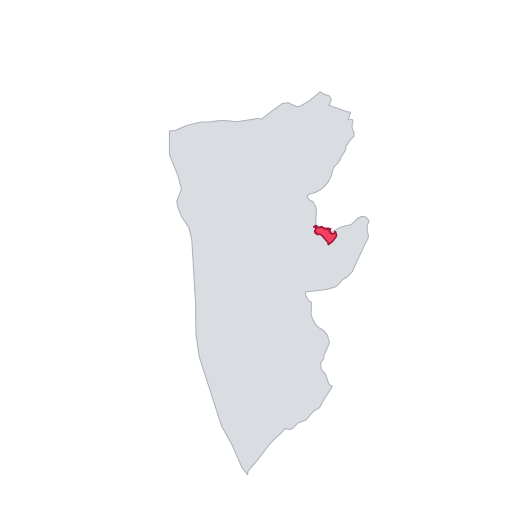 location of Garr-Bain, Nimba, Liberia, rotated 41°
{"feature_id": "62588387B82144239475407", "entity_name": "Garr-Bain", "entity_type": "district", "adm_level": 2, "iso_a3": "LBR", "parent_name": "Liberia", "parent_adm1": "Nimba", "projection": "robinson", "projection_center": [-8.959, 7.219], "detail": "fine", "context": "in_parent", "style": "filled", "palette": "rose", "viewbox_px": 512, "rotation_deg": 41, "n_neighbors": 0, "source": "geoboundaries", "source_scale": "gbopen_adm2", "svg_char_len": 3898}
<svg xmlns="http://www.w3.org/2000/svg" viewBox="0 0 512 512"><g transform="rotate(41 256 256)"><path d="M108.6,218.4L112.4,214.7L118.0,203.1L125.9,191.8L133.2,185.2L139.0,178.3L145.1,173.1L153.8,167.0L167.3,150.8L170.4,149.0L172.5,137.8L175.9,123.6L179.8,119.2L188.9,116.5L191.0,114.1L194.3,104.1L196.4,92.4L196.6,89.9L200.1,89.6L206.3,87.1L209.8,88.2L211.4,91.5L212.2,94.4L230.8,87.1L232.5,85.6L233.5,85.9L235.8,92.4L237.1,92.0L238.3,90.1L239.5,89.9L240.9,90.8L242.4,93.9L244.8,96.6L248.8,98.5L251.4,101.2L251.1,108.2L252.1,115.0L253.8,116.6L254.7,120.7L255.2,125.1L256.2,127.5L256.8,132.0L256.5,136.8L257.2,140.2L260.2,146.1L262.0,153.5L262.0,158.7L261.0,164.2L259.0,169.3L255.5,174.8L255.2,176.9L257.3,178.3L260.4,178.6L263.0,177.5L269.6,180.0L273.1,183.6L276.1,188.1L278.8,190.4L280.1,193.2L284.7,192.4L290.2,189.7L291.3,188.4L292.9,189.1L296.4,189.4L298.9,184.5L300.8,178.9L305.0,172.8L307.1,170.4L307.7,166.5L307.9,161.5L309.4,157.1L312.9,154.7L316.6,154.8L318.7,155.7L319.7,159.9L322.7,163.1L325.3,165.3L326.7,166.2L328.8,168.7L330.9,177.3L338.9,204.8L338.5,212.3L336.9,217.3L336.9,222.1L336.4,226.9L331.4,234.8L316.9,250.8L318.1,252.3L321.5,254.1L325.1,255.0L328.0,254.5L331.6,258.5L335.5,263.6L339.6,266.2L345.6,268.5L350.8,268.8L355.3,267.9L361.6,268.9L368.2,273.1L370.6,280.0L372.2,286.0L374.5,289.0L374.9,294.2L379.6,298.8L386.4,299.7L395.2,305.0L397.4,304.8L398.3,304.1L399.4,305.1L401.6,320.6L403.4,328.8L402.5,332.1L401.3,334.7L401.2,347.2L397.3,354.3L396.6,362.2L395.5,364.8L391.3,367.0L391.2,373.1L390.1,380.4L389.7,388.1L390.9,408.4L391.1,423.5L393.0,426.4L384.7,425.1L360.4,413.6L341.7,407.0L279.0,369.1L261.6,354.0L241.5,331.4L196.9,285.9L186.7,278.6L173.9,275.0L166.0,271.1L160.4,266.9L155.8,254.3L144.7,246.8L124.1,236.2L108.6,218.4Z" fill="#d9dde1" stroke="#a8b0b8" stroke-width="1"/><path d="M303.1,200.4L303.9,196.8L304.0,195.7L304.2,194.4L304.2,194.0L304.1,192.9L304.1,192.5L304.1,192.3L303.9,190.1L303.8,189.2L303.7,188.2L303.0,187.3L302.4,186.9L301.8,186.5L301.0,186.1L300.1,185.6L299.9,185.7L300.2,185.9L300.0,186.1L299.6,185.8L299.8,186.2L300.0,186.7L300.0,186.9L300.2,187.2L300.1,187.9L300.1,188.4L299.5,188.6L299.5,188.9L299.1,189.3L298.4,189.1L298.3,189.6L298.2,189.7L298.1,189.8L297.8,189.5L297.6,189.8L297.4,189.8L297.1,189.8L296.7,189.5L296.5,189.4L296.1,189.2L295.7,189.3L295.4,189.9L295.4,189.7L295.2,189.3L294.9,189.3L294.9,189.1L295.1,188.6L295.1,188.3L294.9,188.4L294.7,188.1L294.7,187.7L294.7,187.3L294.5,186.7L294.1,187.2L293.7,187.3L293.2,187.5L292.9,187.4L292.7,187.3L292.5,187.5L292.7,187.9L292.9,188.2L292.5,188.4L292.5,188.8L292.4,188.9L292.2,188.7L291.8,188.7L291.7,188.4L291.3,188.5L291.1,188.9L290.9,189.2L291.2,189.3L291.2,189.5L290.7,190.1L290.4,190.2L290.3,190.3L289.7,190.1L289.5,190.3L289.3,190.2L289.0,190.2L288.8,190.2L288.7,190.2L288.5,190.3L288.3,190.6L287.6,190.8L287.1,190.6L287.0,190.9L286.6,190.7L286.5,191.0L286.1,191.2L286.0,191.9L285.7,191.9L285.4,191.9L285.4,192.3L285.5,192.4L285.4,192.6L285.2,192.9L285.0,193.1L284.8,193.1L284.4,193.5L284.2,193.7L284.1,193.8L283.8,193.9L283.3,194.0L283.2,194.6L282.8,194.1L282.6,194.4L281.8,193.5L281.5,193.7L281.1,194.0L280.9,194.5L280.7,195.1L280.7,195.3L280.5,195.7L280.4,195.8L280.5,195.9L280.7,196.0L280.8,196.1L281.2,195.8L281.2,195.3L281.2,195.1L281.1,194.6L281.3,194.2L281.5,194.0L281.8,193.9L282.1,194.3L282.2,195.0L282.2,195.6L282.5,195.7L283.3,196.3L283.4,196.5L283.6,197.0L283.6,197.3L283.7,197.7L283.8,198.5L284.0,198.9L284.4,198.9L284.8,198.8L285.6,198.8L285.6,199.1L285.4,199.8L285.7,199.9L286.4,199.7L286.6,199.6L287.0,199.5L288.2,199.6L288.6,199.4L288.7,199.2L289.0,198.7L289.9,197.7L290.5,197.6L291.6,197.4L292.3,197.3L292.6,197.3L292.8,197.3L294.1,197.6L294.4,197.7L294.5,197.7L295.8,197.8L297.1,198.0L298.1,198.2L298.5,198.2L300.4,198.4L300.5,198.4L301.1,198.5L301.5,198.6L302.5,199.6L303.1,200.3L303.1,200.4Z" fill="#f43f5e" stroke="#9f1239" stroke-width="1.5"/></g></svg>